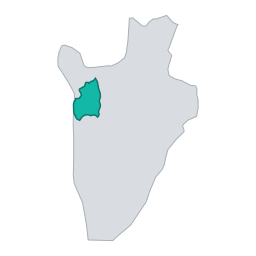 where Bubanza sits in Burundi
{"feature_id": "BDI-2636", "entity_name": "Bubanza", "entity_type": "Province", "adm_level": 1, "iso_a3": "BDI", "parent_name": "Burundi", "parent_adm1": "", "projection": "equal_earth", "projection_center": [29.392, -3.111], "detail": "fine", "context": "in_parent", "style": "filled", "palette": "teal", "viewbox_px": 256, "rotation_deg": 0, "n_neighbors": 0, "source": "natural_earth", "source_scale": "10m", "svg_char_len": 1578}
<svg xmlns="http://www.w3.org/2000/svg" viewBox="0 0 256 256"><path d="M178.0,24.5L176.5,27.3L169.3,47.0L167.9,49.9L168.7,51.7L171.8,55.5L170.0,61.7L169.3,63.3L167.9,69.1L168.7,74.4L170.4,76.4L175.0,78.9L182.0,80.8L190.2,85.2L195.7,86.0L197.0,89.2L196.8,94.9L198.1,99.9L198.1,108.7L196.5,116.5L188.0,120.1L183.7,124.1L182.5,126.1L183.6,128.5L184.1,131.6L176.2,139.4L168.0,149.5L166.0,156.4L164.4,164.4L162.0,169.6L155.7,177.0L149.4,192.0L146.3,201.7L130.7,225.0L116.8,236.7L112.8,240.6L88.2,240.0L86.4,224.2L82.6,202.8L74.2,183.4L73.3,175.3L73.7,159.6L73.7,137.6L73.2,125.8L73.3,117.2L74.4,102.2L74.3,93.2L68.7,82.9L61.8,71.9L58.1,66.5L57.9,62.2L57.9,58.2L59.0,52.3L61.7,45.8L64.7,45.1L72.2,47.7L79.9,53.2L84.1,65.7L87.2,67.5L93.0,67.5L107.6,65.8L111.2,66.0L117.9,63.0L124.5,57.8L126.4,52.3L128.0,40.1L129.4,18.2L132.8,17.9L142.0,25.7L144.0,26.3L145.9,26.0L149.1,22.1L153.1,18.9L156.0,19.0L166.7,15.4L172.5,22.0L176.1,24.0L178.0,24.5Z" fill="#d9dde1" stroke="#a8b0b8" stroke-width="1"/><path d="M75.2,116.1L75.6,115.6L74.2,114.2L73.7,112.1L73.5,105.1L73.7,103.0L74.3,101.2L75.3,100.5L75.7,99.3L75.6,98.6L79.2,98.4L81.5,95.2L80.8,93.1L79.8,91.4L79.3,89.9L79.7,88.9L84.6,86.2L85.8,82.5L88.4,82.4L89.1,83.3L90.9,81.5L93.5,80.7L95.4,78.3L97.4,81.9L98.5,88.3L99.2,90.2L100.2,93.6L100.4,97.2L99.6,99.4L99.3,101.8L100.4,104.5L100.1,107.4L99.0,109.8L98.4,112.7L98.9,113.5L99.1,114.4L98.5,115.9L97.6,117.1L95.3,115.0L92.1,115.2L90.6,115.7L89.2,115.0L87.8,114.7L86.3,114.8L84.3,115.4L82.3,116.6L79.7,120.3L77.0,119.1L75.2,116.1Z" fill="#14b8a6" stroke="#0f766e" stroke-width="1.5"/></svg>